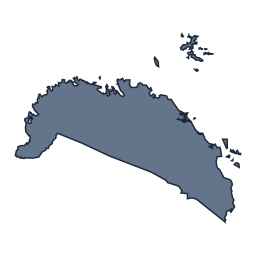 Camarines Norte, Camarines Norte, Philippines
{"feature_id": "2640588B74898440822212", "entity_name": "Camarines Norte", "entity_type": "district", "adm_level": 2, "iso_a3": "PHL", "parent_name": "Philippines", "parent_adm1": "Camarines Norte", "projection": "orthographic", "projection_center": [122.776, 14.169], "detail": "fine", "context": "isolated", "style": "filled", "palette": "slate", "viewbox_px": 256, "rotation_deg": 0, "n_neighbors": 0, "source": "geoboundaries", "source_scale": "gbopen_adm2", "svg_char_len": 5750}
<svg xmlns="http://www.w3.org/2000/svg" viewBox="0 0 256 256"><path d="M225.1,222.0L224.7,219.9L225.7,219.8L224.5,217.7L226.5,214.5L226.3,211.8L229.3,210.2L230.8,210.4L231.4,209.9L231.1,209.3L231.5,208.9L231.7,209.5L231.0,212.1L229.6,211.7L231.0,212.1L234.6,206.7L232.8,203.1L233.9,199.9L232.6,197.9L231.4,192.7L231.9,190.8L230.8,188.5L232.4,184.3L231.3,181.1L230.0,179.7L223.9,177.7L219.5,169.4L217.9,168.6L216.6,165.8L216.2,161.6L217.1,156.8L221.6,156.3L220.3,148.2L219.5,147.2L217.1,147.7L215.1,144.1L212.3,146.2L212.6,148.5L210.5,147.6L211.4,146.2L209.6,146.4L212.3,144.3L209.0,143.5L205.1,139.3L202.8,133.4L202.0,134.2L200.7,134.5L199.1,134.2L198.1,133.3L196.8,133.2L198.1,133.2L201.1,134.2L202.0,134.0L202.4,133.4L199.0,133.0L195.4,129.8L191.1,121.9L187.1,120.9L186.3,121.5L185.5,120.9L184.9,122.1L184.1,122.4L181.7,120.9L183.2,121.3L183.1,120.0L180.0,120.1L177.5,119.1L178.5,118.6L180.1,119.9L182.5,119.4L184.2,120.4L184.2,115.3L182.7,114.0L181.4,115.3L180.6,114.6L180.7,113.8L178.9,113.9L180.7,113.5L181.5,115.1L181.5,113.4L180.4,112.8L184.4,114.3L185.3,113.7L178.5,110.2L171.0,99.2L168.3,99.7L166.6,96.0L160.6,94.8L159.2,95.9L159.7,96.9L158.5,98.1L154.7,97.0L153.4,98.1L153.2,97.3L155.1,96.2L155.3,95.2L153.5,94.0L150.6,96.5L150.9,95.8L149.3,93.9L149.8,92.1L151.8,90.4L150.8,87.7L149.2,89.4L146.3,85.1L142.8,85.1L141.9,83.6L139.9,82.8L138.1,84.1L136.9,87.3L132.2,87.5L130.7,86.9L129.5,84.8L129.9,79.9L125.6,80.0L124.2,81.6L122.6,78.4L119.8,80.0L117.6,79.2L117.0,80.3L118.1,84.1L118.1,84.3L117.4,84.3L117.5,84.4L118.2,84.6L120.6,90.4L123.2,93.2L124.2,95.2L123.7,95.8L122.7,96.6L120.3,95.4L117.2,90.9L115.3,90.8L116.6,93.5L114.4,93.9L113.1,89.8L113.8,89.3L115.2,90.2L113.1,86.9L111.9,86.8L112.9,90.0L112.1,90.6L111.0,89.9L111.2,90.8L108.8,93.4L110.2,94.5L107.7,96.1L106.6,93.2L107.0,91.9L109.0,91.5L109.2,90.7L108.9,89.5L107.4,89.1L107.0,87.4L108.0,86.7L106.9,84.7L105.7,86.8L106.5,88.9L106.3,92.6L104.0,94.3L103.4,93.1L102.3,93.7L97.1,89.5L98.0,88.3L101.2,87.9L101.2,86.8L91.3,84.0L90.7,84.6L87.0,82.0L86.8,83.4L84.6,81.1L83.2,80.3L82.5,81.0L80.8,79.2L79.8,79.3L78.9,81.0L76.9,78.4L77.4,77.3L76.9,76.9L76.4,78.4L74.7,78.2L74.4,77.5L73.4,78.4L75.0,80.6L75.1,82.4L78.2,84.6L76.6,85.9L74.1,85.6L72.6,83.3L73.2,82.4L71.8,82.6L71.5,81.1L71.8,81.5L72.1,81.4L70.5,80.3L69.3,80.5L69.4,81.5L67.8,81.5L67.4,83.1L64.5,82.4L64.6,79.8L62.3,79.6L61.7,82.8L58.5,82.6L58.9,86.0L55.5,84.7L55.2,86.6L52.1,86.5L52.9,89.7L51.6,91.0L49.9,89.2L49.6,86.5L47.8,86.7L47.3,87.4L48.6,88.3L46.8,91.3L47.7,92.3L46.9,94.5L44.0,95.1L41.6,96.7L39.9,94.1L39.2,94.3L38.5,96.0L39.1,97.7L38.0,97.8L37.4,99.4L37.7,103.0L35.8,102.5L34.7,104.4L32.6,104.2L32.5,106.2L34.6,110.3L38.6,114.4L36.9,115.7L34.7,115.6L33.4,114.3L32.5,115.2L31.2,112.8L29.4,111.9L28.2,116.3L29.1,117.1L30.8,116.5L32.2,118.0L29.7,118.1L32.1,119.3L30.9,120.3L31.4,122.8L30.5,123.4L28.0,122.6L29.3,119.2L28.7,117.8L25.1,118.5L24.7,120.1L26.3,123.7L25.4,127.5L25.9,131.8L28.9,135.9L29.9,135.8L30.3,138.1L29.2,140.6L30.0,141.2L27.5,144.3L26.9,142.8L24.3,145.6L20.9,145.6L17.9,146.9L17.8,149.5L16.4,150.7L15.4,155.4L16.8,156.8L17.5,156.2L19.7,157.8L20.9,157.2L20.8,158.0L24.2,158.5L25.3,157.8L32.8,158.1L38.8,157.0L42.2,151.9L45.6,150.2L46.1,148.4L48.3,148.4L49.5,145.3L52.1,143.7L52.6,141.1L56.1,137.6L55.8,135.9L57.6,133.3L81.5,142.9L109.7,156.1L151.2,172.1L165.7,180.1L167.7,182.6L178.6,186.1L181.9,190.6L181.0,193.0L187.5,193.6L187.4,198.7L192.0,197.8L196.5,199.2L225.1,222.0ZM194.3,35.7L193.5,37.1L191.8,37.3L190.7,42.2L188.7,43.5L187.1,42.6L187.2,43.9L185.8,44.8L183.3,44.7L180.5,47.8L181.1,49.6L182.3,49.3L183.2,50.2L184.6,48.7L185.7,49.0L187.0,47.0L191.1,46.8L189.5,49.2L193.0,48.3L192.8,45.9L191.6,44.2L196.7,43.9L196.8,42.3L195.1,42.5L194.1,40.4L196.0,39.6L196.0,37.7L197.8,36.4L194.3,35.7ZM200.3,61.2L202.7,61.0L202.7,60.2L199.1,57.8L196.1,57.2L194.8,54.6L192.9,54.6L193.1,52.2L192.3,51.5L191.4,51.0L191.3,51.8L187.7,52.8L189.0,55.3L190.7,54.5L191.7,55.0L191.2,57.1L194.2,58.3L195.8,60.1L198.5,59.9L200.3,61.2ZM222.6,139.2L226.5,148.3L227.3,148.2L227.2,139.3L222.6,139.2ZM158.2,61.7L154.8,57.2L154.2,58.3L155.3,62.8L156.6,65.5L158.6,66.7L158.2,61.7ZM187.6,112.9L186.2,113.0L185.6,114.1L185.1,117.7L186.2,120.3L185.6,120.5L186.4,121.3L186.6,120.8L189.3,120.4L188.4,120.9L190.3,120.9L191.8,122.3L187.0,117.6L186.6,114.9L187.6,112.9ZM237.2,162.7L235.5,163.1L234.2,164.6L239.2,167.4L238.9,164.0L237.2,162.7ZM237.2,150.4L235.4,153.2L240.5,154.6L240.6,153.5L239.1,153.6L237.2,150.4ZM205.5,52.5L204.0,53.2L204.1,54.5L206.2,53.5L208.4,54.5L213.6,53.9L209.3,53.5L208.7,52.5L207.0,53.4L205.5,52.5ZM229.9,155.9L228.9,155.2L226.6,156.8L229.2,157.6L229.9,155.9ZM233.2,150.1L231.7,152.0L234.6,153.2L234.4,151.5L233.2,150.1ZM194.7,69.4L196.7,71.2L198.1,70.5L197.6,69.5L194.7,69.4ZM200.1,47.6L199.1,48.3L199.3,49.1L201.2,48.5L200.1,47.6ZM96.5,82.5L93.9,82.3L93.1,83.2L94.3,83.5L96.5,82.5ZM184.8,120.3L183.5,121.2L183.7,122.1L184.8,121.9L184.8,120.3ZM182.0,34.0L181.3,35.3L181.6,36.4L182.8,35.6L182.0,34.0ZM230.7,149.8L230.5,151.4L231.6,151.8L231.4,150.4L230.7,149.8ZM189.0,35.5L188.1,36.4L188.2,37.0L189.8,36.3L189.0,35.5ZM188.5,58.4L188.6,56.9L187.2,57.4L188.5,58.4ZM204.9,48.7L204.8,49.4L206.8,49.3L206.7,48.9L204.9,48.7ZM190.7,36.8L190.2,37.1L189.2,37.2L191.1,38.1L190.7,36.8ZM194.9,117.8L194.0,118.2L193.8,118.8L195.2,118.5L194.9,117.8ZM100.1,76.9L99.3,77.5L100.0,78.9L100.2,78.7L100.1,76.9ZM232.9,160.7L232.9,159.8L232.6,160.3L232.1,160.4L231.8,160.6L232.9,160.7ZM186.1,120.3L185.3,119.9L185.5,120.5L186.1,120.3ZM191.9,50.4L191.1,50.1L191.8,50.8L191.9,50.4ZM203.0,49.0L202.3,48.8L202.1,49.2L203.0,49.0ZM183.1,36.5L182.3,36.5L182.9,36.8L183.1,36.5ZM189.3,34.2L188.4,34.0L188.8,34.2L189.3,34.2ZM232.1,150.2L231.9,150.7L231.9,151.4L232.0,151.2L232.1,150.2Z" fill="#64748b" stroke="#1e293b" stroke-width="1.5"/></svg>